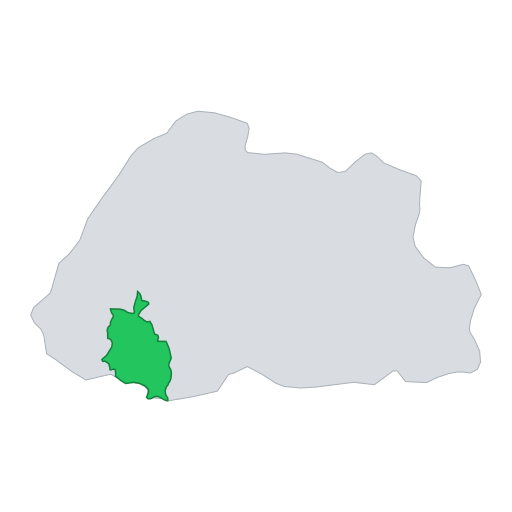 location of Chhukha within Bhutan
{"feature_id": "BTN-2433", "entity_name": "Chhukha", "entity_type": "District", "adm_level": 1, "iso_a3": "BTN", "parent_name": "Bhutan", "parent_adm1": "", "projection": "equal_earth", "projection_center": [89.524, 27.004], "detail": "fine", "context": "in_parent", "style": "filled", "palette": "green", "viewbox_px": 512, "rotation_deg": 0, "n_neighbors": 0, "source": "natural_earth", "source_scale": "10m", "svg_char_len": 2867}
<svg xmlns="http://www.w3.org/2000/svg" viewBox="0 0 512 512"><path d="M419.9,210.1L419.1,214.1L415.4,225.0L413.0,236.8L415.2,246.4L423.8,258.0L435.3,267.1L449.8,267.8L463.2,264.3L468.6,265.8L476.0,281.2L481.3,294.5L474.3,308.2L470.6,320.3L469.3,328.8L470.2,332.6L474.5,339.5L479.7,351.3L480.5,362.2L477.3,369.4L470.4,373.0L463.0,372.0L457.0,372.1L449.3,373.4L437.4,377.4L426.4,382.6L405.6,381.6L397.2,370.9L393.3,370.8L374.4,384.7L353.8,382.3L316.3,387.0L300.6,388.0L284.5,386.5L276.3,383.5L261.2,373.8L247.4,366.6L233.5,373.2L228.6,374.4L217.4,391.1L193.1,396.7L168.9,400.7L161.8,398.5L148.1,397.5L147.6,393.6L148.0,389.8L144.9,386.7L139.4,383.6L129.9,382.3L117.7,378.1L110.6,374.2L85.8,380.0L71.4,371.2L54.9,359.1L46.7,353.8L43.7,335.0L40.8,329.0L34.3,322.7L30.7,315.2L33.6,307.5L50.0,293.3L51.3,289.9L58.9,263.3L69.5,253.6L79.8,240.2L87.7,218.8L102.8,196.9L119.3,174.5L130.7,156.2L138.3,147.7L153.8,138.6L166.8,133.2L175.8,121.0L186.7,114.2L197.8,111.2L214.4,112.8L230.0,117.2L247.1,123.2L249.1,128.2L247.7,136.8L245.2,145.6L245.2,150.1L247.8,152.6L264.5,154.3L285.0,152.9L296.5,154.1L322.2,162.2L329.7,168.0L337.6,172.4L345.2,171.6L354.9,162.2L365.0,154.2L371.4,152.9L375.9,155.5L384.1,163.1L401.0,170.3L416.1,175.6L421.1,180.8L419.5,202.7L419.9,210.1Z" fill="#d9dde1" stroke="#a8b0b8" stroke-width="1"/><path d="M167.7,400.8L165.5,400.4L158.3,396.5L155.3,396.4L150.6,398.7L148.1,398.8L146.5,397.2L148.6,392.2L148.3,389.1L144.9,385.8L139.6,383.4L134.0,382.3L125.6,383.5L120.8,380.5L115.6,376.2L115.6,372.3L115.1,369.4L114.4,369.3L113.3,369.2L110.5,370.0L110.0,369.8L109.8,369.4L110.0,368.7L110.0,367.9L109.6,366.9L108.9,364.1L107.9,363.1L105.1,361.3L104.4,361.1L103.8,361.1L103.5,361.4L102.8,361.4L102.4,361.0L101.9,359.4L106.5,355.5L111.8,346.9L112.3,343.0L112.0,342.1L111.4,340.8L110.8,339.9L110.1,339.1L109.3,338.7L107.7,338.4L107.7,333.8L107.2,330.2L107.7,328.1L108.4,326.8L110.3,325.4L110.5,322.1L112.0,318.9L113.2,316.9L113.3,315.6L113.0,314.7L112.1,313.5L111.5,312.6L110.4,308.9L119.8,309.1L123.6,310.0L125.4,310.9L127.6,312.4L128.8,312.8L132.9,313.5L134.2,312.8L134.3,312.3L134.4,311.7L134.3,311.1L134.1,310.5L134.0,309.8L133.8,308.6L133.9,307.0L135.8,300.1L136.7,297.8L137.2,296.0L137.6,291.5L139.8,293.6L140.7,295.6L141.2,297.5L141.6,300.0L142.1,300.7L142.6,301.0L143.6,300.6L147.8,302.0L148.5,302.6L148.8,304.0L141.2,310.4L138.4,314.8L138.5,316.2L142.1,318.5L143.5,319.9L146.9,321.9L149.9,321.4L152.0,324.9L154.5,334.0L157.7,335.2L158.5,337.1L158.3,338.1L158.0,338.9L157.6,341.3L166.1,341.4L168.8,347.8L169.5,350.1L171.2,358.1L168.9,363.7L168.8,366.0L169.1,366.7L170.6,369.4L171.3,371.8L171.4,373.5L171.2,375.9L170.9,378.1L170.6,379.4L169.7,381.6L169.4,382.1L168.7,382.9L167.7,385.5L166.5,386.5L165.1,390.9L165.7,394.7L166.7,396.5L167.5,397.6L167.8,398.2L167.8,400.1L167.7,400.8L167.7,400.8Z" fill="#22c55e" stroke="#15803d" stroke-width="1.5"/></svg>